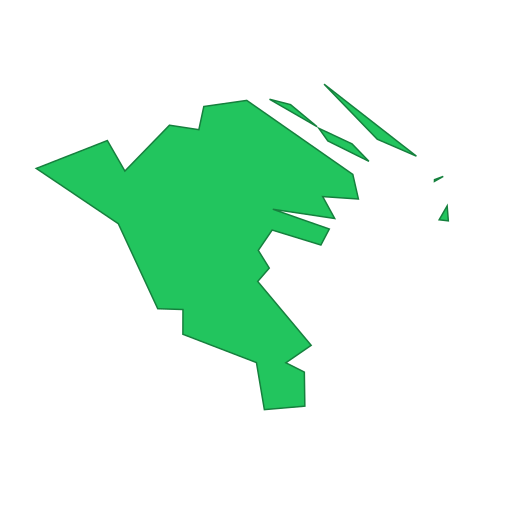 Zadarska, Equal Earth projection, rotated 169°
{"feature_id": "HRV-1493", "entity_name": "Zadarska", "entity_type": "County", "adm_level": 1, "iso_a3": "HRV", "parent_name": "Croatia", "parent_adm1": "", "projection": "equal_earth", "projection_center": [15.553, 44.407], "detail": "coarse", "context": "isolated", "style": "filled", "palette": "green", "viewbox_px": 512, "rotation_deg": 169, "n_neighbors": 0, "source": "natural_earth", "source_scale": "10m", "svg_char_len": 766}
<svg xmlns="http://www.w3.org/2000/svg" viewBox="0 0 512 512"><g transform="rotate(169 256 256)"><path d="M277.1,103.6L275.9,151.3L342.7,193.1L337.9,217.4L362.5,223.0L385.0,314.0L455.0,383.9L379.9,397.7L368.5,364.4L316.0,400.9L288.0,390.9L278.7,412.7L235.4,410.5L145.4,317.6L144.6,292.4L179.2,301.6L171.6,277.8L230.6,298.7L178.9,268.5L190.2,254.4L235.2,278.4L252.7,261.1L245.3,241.6L259.2,230.7L218.9,157.8L247.1,145.5L230.7,132.8L236.7,99.3L277.1,103.6ZM114.7,347.5L156.4,411.7L79.5,323.4L114.7,347.5ZM193.2,398.0L171.4,371.3L212.8,407.3L193.2,398.0ZM169.9,369.3L140.3,347.7L127.1,327.4L163.5,355.2L169.9,369.3ZM69.3,256.6L58.8,268.7L60.5,253.8L69.3,256.6ZM57.0,298.4L66.6,295.2L66.2,296.9L57.0,298.4Z" fill="#22c55e" stroke="#15803d" stroke-width="1.5"/></g></svg>